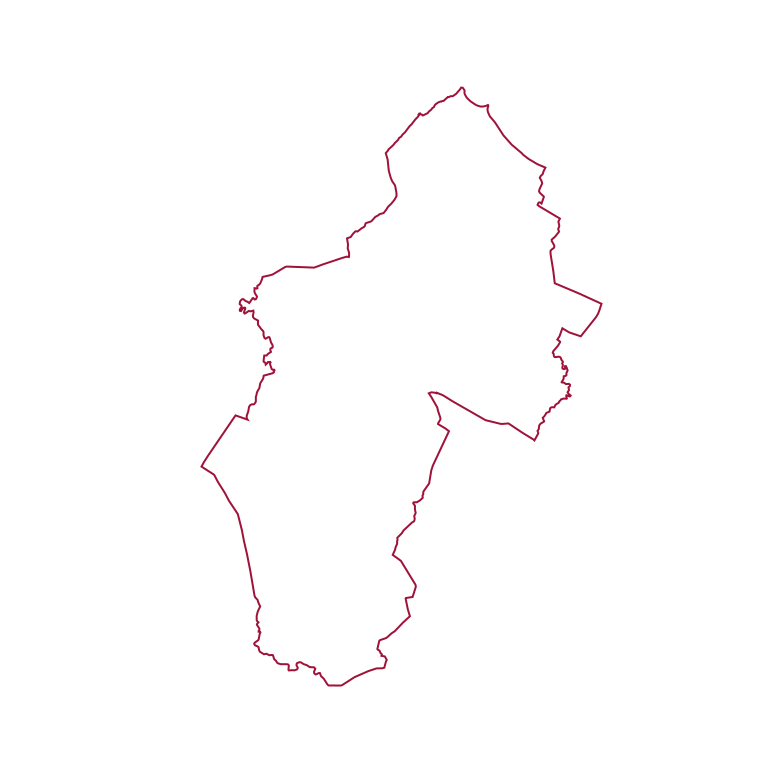 Ham Thuan Nam, Bình Thuận, Vietnam, rotated 211°
{"feature_id": "81297802B68049284687871", "entity_name": "Ham Thuan Nam", "entity_type": "district", "adm_level": 2, "iso_a3": "VNM", "parent_name": "Vietnam", "parent_adm1": "Bình Thuận", "projection": "natural_earth1", "projection_center": [107.897, 10.938], "detail": "fine", "context": "isolated", "style": "outline", "palette": "rose", "viewbox_px": 768, "rotation_deg": 211, "n_neighbors": 0, "source": "geoboundaries", "source_scale": "gbopen_adm2", "svg_char_len": 6132}
<svg xmlns="http://www.w3.org/2000/svg" viewBox="0 0 768 768"><g transform="rotate(211 384 384)"><path d="M238.9,564.8L263.6,562.0L289.5,558.3L297.2,568.2L308.0,581.0L309.8,583.7L309.7,585.2L308.5,588.1L308.7,589.4L309.5,590.5L313.9,593.0L314.6,594.1L313.2,598.6L312.4,604.7L314.5,606.5L314.9,609.1L315.6,610.4L318.1,612.9L318.4,616.4L342.5,616.3L344.6,616.6L344.9,618.1L344.7,619.4L343.7,620.0L341.9,619.8L343.3,626.6L343.6,627.0L349.1,628.2L350.4,629.1L351.0,630.9L351.7,637.4L353.3,639.0L356.7,641.0L356.8,643.0L356.1,645.6L356.8,648.7L357.1,652.6L366.0,651.4L376.1,651.4L382.5,652.1L384.8,652.8L397.8,654.9L409.6,658.6L423.6,665.4L431.2,668.0L434.7,670.4L436.0,671.7L437.2,673.6L437.7,675.8L438.3,676.7L438.6,676.7L439.6,675.2L441.9,672.9L444.2,671.5L448.1,670.6L451.1,670.6L455.6,670.9L460.5,672.0L464.0,674.0L464.9,674.9L466.2,677.2L469.2,678.5L470.6,677.7L470.6,675.6L471.7,669.6L473.3,666.1L475.1,665.0L476.3,663.2L477.1,662.9L478.7,657.4L479.9,656.5L480.5,655.4L481.1,655.2L482.5,653.3L483.8,650.5L484.1,649.0L483.8,647.3L484.7,645.2L484.8,643.5L485.9,640.6L486.0,638.8L488.8,634.4L489.2,634.1L490.3,634.5L491.9,633.9L492.4,634.5L492.9,634.2L492.6,633.2L493.1,633.2L493.2,632.6L492.6,632.0L492.5,630.8L493.4,627.0L494.1,620.9L494.9,617.9L495.6,610.7L496.6,607.2L496.7,604.9L497.8,602.6L497.6,600.7L498.9,595.9L499.0,593.9L501.0,587.3L500.8,586.4L501.4,582.8L496.6,578.4L489.6,569.1L484.4,564.2L481.4,562.0L477.4,560.2L476.2,559.3L471.6,554.0L470.0,551.4L469.9,547.2L470.6,542.5L471.8,537.9L471.9,534.3L472.4,530.3L475.3,527.3L475.7,525.8L477.5,522.8L478.4,518.0L479.0,516.4L482.3,512.7L482.4,511.5L481.8,509.7L482.1,508.1L483.3,506.2L485.2,501.1L486.9,500.4L487.2,499.9L488.0,496.5L488.2,492.9L490.7,489.8L486.5,484.8L485.0,481.6L481.5,478.5L479.7,475.4L479.5,474.7L481.5,474.0L484.6,470.7L497.2,456.0L503.8,447.8L527.8,434.6L529.0,433.4L535.8,420.6L538.1,418.1L543.2,413.3L542.5,410.8L541.9,406.7L542.1,405.1L543.1,402.8L541.8,400.8L542.1,400.3L544.3,399.5L542.8,396.7L541.7,395.5L538.0,393.6L537.6,392.4L537.5,390.8L538.4,389.8L540.4,390.3L540.8,389.9L541.2,384.0L543.4,384.2L545.3,383.8L548.1,384.3L549.1,383.8L549.6,382.9L549.9,380.6L548.9,378.2L546.8,377.8L546.0,377.3L545.8,376.5L546.0,373.9L545.7,373.0L545.1,372.5L544.1,372.9L544.0,376.4L543.0,377.6L542.4,377.8L541.8,377.4L540.9,373.1L539.8,372.6L539.1,373.4L537.6,376.9L535.6,377.7L533.8,379.6L532.6,378.1L531.6,375.1L530.8,374.0L529.2,373.3L524.6,373.5L523.0,370.5L522.3,369.8L517.1,367.7L514.8,367.1L514.0,366.5L512.4,363.8L510.3,362.0L508.8,361.8L507.4,364.5L506.6,365.0L506.0,364.9L502.1,361.3L499.8,360.1L498.5,358.6L498.4,357.7L499.4,356.2L499.5,355.6L498.9,354.5L497.4,353.3L499.0,350.0L499.3,347.9L501.3,346.7L499.1,341.7L498.5,341.1L496.6,341.1L495.4,339.7L494.7,341.9L494.8,343.0L492.9,344.3L492.3,344.0L492.3,343.0L491.8,342.2L488.0,339.0L486.8,338.9L485.4,339.7L484.9,339.3L484.8,337.5L484.4,337.2L484.9,336.0L491.4,329.2L490.4,326.5L490.4,320.6L488.8,316.6L488.6,311.4L487.6,308.7L487.2,306.9L485.0,303.3L484.7,302.2L484.9,300.0L485.4,299.3L486.8,298.5L487.8,297.1L487.9,294.8L486.3,290.8L485.3,286.0L484.1,284.0L482.6,283.2L495.1,280.6L497.9,231.6L498.1,224.3L497.9,219.2L482.8,218.7L475.9,214.5L464.2,208.6L456.8,204.1L442.3,197.2L430.6,185.6L423.0,177.1L414.2,168.0L402.3,154.9L385.9,135.8L384.3,134.7L381.3,133.9L378.7,131.6L375.6,129.6L375.0,123.9L373.7,119.6L371.4,115.9L370.6,115.4L368.9,115.1L369.2,112.9L369.0,112.2L365.0,110.2L364.2,109.1L364.2,107.6L363.9,107.1L362.6,107.8L362.0,107.4L361.8,105.7L359.9,100.5L359.9,99.5L361.6,95.7L361.5,94.5L360.0,93.6L357.2,94.0L356.0,93.8L354.0,91.6L352.6,90.6L347.8,90.5L345.7,92.3L342.7,92.4L340.4,94.1L339.5,94.3L336.3,91.5L334.2,91.2L331.9,90.0L330.7,90.0L328.1,90.7L322.7,93.9L321.6,94.2L320.6,93.7L318.7,89.8L317.9,89.5L315.8,91.1L313.2,92.5L311.7,94.3L311.5,95.4L311.8,96.4L314.0,97.7L314.7,98.9L314.7,100.1L313.2,102.0L311.8,102.6L308.5,102.5L305.6,103.2L301.8,103.1L298.1,105.1L296.3,104.6L295.7,101.1L294.5,99.9L292.8,99.9L290.9,102.8L290.0,103.2L287.6,101.2L283.9,100.4L277.9,97.4L276.3,97.0L265.9,103.2L264.9,104.1L258.3,117.5L249.5,129.9L244.0,136.3L239.1,139.4L237.6,141.0L239.4,147.0L239.5,148.9L243.0,150.9L246.2,149.7L246.5,151.0L246.8,151.3L248.4,151.6L250.4,153.1L252.4,153.1L253.2,153.4L255.7,161.2L255.5,162.4L252.0,166.5L251.0,168.0L249.1,174.2L247.5,177.5L244.8,189.4L242.2,198.3L247.7,203.3L255.0,211.3L255.0,211.8L249.8,216.2L252.2,226.3L252.9,227.5L253.9,228.3L278.4,241.1L288.5,242.0L289.2,247.9L290.0,250.1L290.4,253.7L291.8,256.0L292.1,257.4L293.4,259.0L291.9,265.2L291.8,268.7L288.6,279.9L287.6,281.6L287.7,282.9L288.4,284.5L290.1,286.4L290.3,289.1L290.6,290.0L292.8,292.3L294.8,295.6L297.4,296.7L297.7,297.3L297.4,298.1L295.0,299.5L293.2,302.8L292.2,306.4L293.5,308.1L293.6,309.8L294.6,311.4L294.8,312.7L294.1,322.0L298.9,334.1L300.1,339.2L304.0,377.0L308.4,377.5L317.0,377.5L317.4,378.3L317.4,382.2L317.6,383.2L318.8,384.5L324.1,389.0L326.2,391.3L336.9,397.3L340.8,399.1L339.2,401.2L336.0,402.7L334.2,403.1L334.3,403.7L327.7,404.7L315.9,404.5L278.3,405.3L263.8,409.8L262.3,410.5L257.0,414.3L240.1,413.5L227.3,413.4L226.0,413.1L226.3,420.6L226.7,421.7L228.2,422.8L228.1,425.0L229.6,428.4L229.4,430.6L227.6,433.9L227.5,434.5L230.5,436.7L229.9,439.2L229.9,442.9L227.9,445.6L229.0,448.5L229.0,449.3L228.0,450.7L226.0,451.7L226.3,454.1L225.8,455.7L224.6,457.7L224.8,459.5L224.3,460.8L224.3,462.1L222.2,464.3L219.9,465.4L219.8,465.7L221.7,467.7L221.8,468.3L218.5,468.9L218.1,469.4L218.1,470.3L221.0,470.7L222.4,471.5L222.3,474.1L224.1,476.1L223.6,477.9L224.2,479.2L225.6,479.3L228.1,477.6L230.3,477.9L232.1,477.0L232.7,477.1L232.7,480.9L233.9,483.2L232.5,484.5L232.2,485.6L233.3,487.4L233.6,490.2L236.1,492.3L237.3,493.0L238.0,492.6L237.9,492.1L236.6,490.8L236.7,490.2L237.5,489.4L238.9,489.2L239.5,489.7L240.4,492.4L241.9,493.4L241.9,494.8L242.2,495.3L244.5,496.2L246.3,497.7L247.5,497.7L248.8,497.1L250.7,495.4L251.8,495.0L252.8,495.5L254.2,497.3L255.4,497.6L255.8,499.3L254.6,506.4L254.6,510.4L254.9,511.0L258.3,511.4L258.1,515.1L259.8,523.6L251.9,523.6L239.9,526.2L236.7,550.5L236.7,554.2L237.2,557.5L238.9,564.8Z" fill="none" stroke="#9f1239" stroke-width="2"/></g></svg>